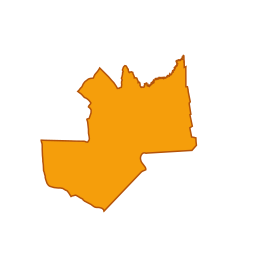 Campana, Buenos Aires, Argentina, rotated 212°
{"feature_id": "61730980B71548208163547", "entity_name": "Campana", "entity_type": "district", "adm_level": 2, "iso_a3": "ARG", "parent_name": "Argentina", "parent_adm1": "Buenos Aires", "projection": "equal_earth", "projection_center": [-58.853, -34.162], "detail": "fine", "context": "isolated", "style": "filled", "palette": "amber", "viewbox_px": 256, "rotation_deg": 212, "n_neighbors": 0, "source": "geoboundaries", "source_scale": "gbopen_adm2", "svg_char_len": 5732}
<svg xmlns="http://www.w3.org/2000/svg" viewBox="0 0 256 256"><g transform="rotate(212 128 128)"><path d="M140.0,39.7L139.3,40.9L139.0,41.2L138.5,41.6L137.3,42.9L136.7,43.3L136.4,43.4L134.3,43.5L131.4,43.5L129.2,43.7L128.7,43.7L128.1,43.3L127.6,43.2L125.9,43.0L118.8,43.6L116.9,43.4L114.6,43.3L112.9,43.8L110.9,45.0L109.5,45.6L107.7,46.1L105.7,45.9L104.9,45.5L104.6,44.9L104.3,44.7L93.5,97.4L93.2,98.3L92.8,99.1L90.8,102.0L91.2,102.7L91.8,103.3L92.9,104.0L98.1,106.0L99.3,106.7L100.6,107.9L101.5,109.0L102.1,110.4L102.3,111.2L102.4,111.9L102.4,113.2L102.1,114.3L101.9,114.7L101.0,115.6L99.5,116.1L99.0,116.4L98.6,116.8L61.9,142.9L60.8,149.6L63.0,152.4L65.2,155.6L66.7,155.0L66.8,155.1L69.3,154.1L75.7,160.9L74.4,163.6L82.6,172.1L82.5,172.5L82.0,173.0L88.9,180.9L88.9,181.2L89.3,181.6L89.3,181.9L89.1,182.8L89.1,183.2L95.8,190.3L96.9,191.6L97.1,192.0L99.5,194.5L100.8,193.7L110.9,209.7L111.4,210.7L112.4,209.2L115.5,214.0L115.6,213.8L118.8,218.7L119.0,218.6L119.3,218.8L119.5,218.8L119.5,218.4L119.1,218.0L119.0,217.5L119.4,217.2L119.0,216.9L119.0,216.7L119.3,216.4L119.0,215.8L119.3,215.4L119.3,215.2L119.2,215.1L118.6,215.1L118.3,215.0L118.7,214.6L119.5,214.4L119.8,213.7L119.4,213.1L119.5,213.0L120.3,212.5L120.7,212.9L121.3,212.6L121.4,212.3L121.2,211.8L121.4,211.4L121.6,211.3L121.9,211.6L122.1,211.5L122.4,210.9L122.0,210.3L122.2,210.2L122.5,210.2L122.4,209.9L120.8,209.0L120.7,208.7L120.2,209.0L120.0,208.9L119.9,208.7L120.5,208.2L120.4,208.0L119.9,207.3L119.5,207.0L119.4,206.9L119.6,206.3L119.8,206.0L119.9,205.9L120.3,206.0L120.4,205.8L120.4,205.4L120.2,205.2L119.9,205.1L119.9,204.9L120.1,204.6L119.9,204.2L120.1,204.1L120.6,204.2L120.7,203.9L120.7,203.6L120.5,203.4L119.7,203.4L119.6,202.6L119.8,202.0L119.5,201.9L119.4,201.7L119.6,201.4L120.0,201.2L120.5,200.2L120.3,199.8L119.5,199.7L119.3,199.6L119.3,199.4L119.5,199.1L120.0,199.1L120.1,198.8L119.9,197.8L119.6,197.2L119.7,196.0L119.8,195.8L120.1,195.8L120.7,195.9L121.3,196.2L121.3,195.9L121.3,195.7L120.5,195.1L120.6,194.5L120.4,193.9L120.5,193.7L121.1,194.1L121.5,193.7L121.8,193.7L122.1,193.6L122.3,192.8L121.8,192.7L121.6,192.3L121.8,192.1L122.3,191.8L122.6,191.3L122.6,191.0L122.4,190.6L122.5,190.4L123.1,190.5L123.5,190.3L123.5,190.1L123.3,189.8L123.4,189.7L123.8,189.7L124.1,190.0L124.3,189.7L123.9,189.1L123.9,188.8L124.4,188.9L124.5,189.7L124.6,189.8L125.0,189.2L124.8,188.7L125.1,188.4L125.3,188.5L125.5,188.6L125.4,188.3L125.5,188.1L126.1,188.3L126.4,188.2L126.5,188.0L127.4,187.9L127.5,187.7L127.3,187.4L126.9,187.2L127.1,186.9L127.4,186.9L127.8,186.6L127.9,187.0L128.2,187.2L128.3,187.4L128.5,187.3L128.5,187.1L128.4,186.5L128.7,186.2L128.3,186.1L128.2,186.0L128.2,185.9L128.5,185.3L128.8,185.5L129.5,185.7L129.8,185.3L129.6,185.0L129.6,184.8L129.9,185.0L130.0,185.0L130.1,184.5L130.5,184.7L130.8,184.6L131.0,184.4L130.9,183.8L130.5,183.7L130.7,183.2L130.8,182.6L130.9,182.4L131.3,182.0L131.7,182.1L131.7,181.8L131.4,181.4L130.9,181.8L130.8,181.7L130.7,181.0L130.3,180.7L130.5,180.4L130.2,179.8L130.3,179.7L130.5,179.6L130.9,180.0L130.9,180.5L131.4,180.5L131.6,180.3L131.7,179.9L131.1,179.7L131.3,179.3L131.9,179.2L132.2,178.8L132.2,178.7L131.4,178.7L130.9,178.5L131.4,177.2L131.6,177.1L131.9,177.3L132.0,177.2L132.0,176.6L131.5,176.1L131.6,175.9L132.2,176.0L132.3,175.9L132.3,175.6L131.9,175.0L131.9,174.7L132.2,174.8L132.6,175.1L132.8,175.2L132.5,174.6L132.6,174.3L132.8,174.3L133.2,174.7L133.5,174.7L133.8,174.4L133.8,174.1L134.1,174.0L134.9,175.1L135.3,175.7L135.9,176.0L136.2,175.9L136.4,175.8L136.5,174.7L137.3,174.4L137.4,174.2L137.0,173.8L136.5,173.2L136.6,172.2L136.0,171.7L136.1,171.3L136.7,170.5L137.4,170.4L138.0,169.6L138.6,169.5L138.8,169.5L139.0,169.9L139.4,169.9L140.5,170.5L140.9,171.5L142.3,172.8L142.5,172.8L142.6,172.5L142.9,172.7L143.3,172.6L143.5,172.0L143.9,172.5L144.0,172.9L144.1,173.0L144.6,173.2L145.1,173.6L145.8,174.0L146.8,174.9L147.4,174.9L148.2,174.5L148.6,174.4L148.9,174.0L149.2,173.9L149.2,174.1L149.0,174.3L149.4,174.4L149.8,174.8L150.6,175.3L151.1,175.8L152.2,176.4L152.8,176.9L152.9,177.2L153.6,177.7L154.2,177.4L155.0,177.4L155.6,176.7L156.1,176.4L156.1,175.8L156.2,175.7L156.6,175.9L157.0,175.9L157.6,176.4L158.3,177.0L159.0,178.0L159.8,178.1L161.2,179.0L162.3,179.5L162.8,179.6L163.1,179.4L163.7,179.2L164.1,177.5L164.0,176.6L163.7,175.6L163.6,174.7L163.5,174.4L163.0,173.8L162.3,173.6L162.0,173.3L161.9,172.0L161.7,171.6L161.3,171.1L161.0,170.3L160.2,168.1L160.0,166.8L159.4,166.3L158.7,165.9L158.3,165.5L158.2,165.2L158.2,164.4L157.8,163.6L157.3,162.6L156.4,161.6L155.3,159.3L155.2,159.0L155.3,158.8L156.2,158.0L156.5,156.9L156.8,156.7L157.5,156.5L158.0,155.9L159.8,157.0L164.0,158.9L167.1,159.7L171.6,161.1L183.8,163.9L183.7,162.5L183.8,159.9L184.4,155.9L184.3,154.5L183.9,152.3L183.9,152.0L184.5,151.4L186.2,150.1L187.2,149.0L187.7,148.1L188.6,145.6L188.9,145.0L189.1,144.1L189.2,143.3L189.3,141.6L189.0,139.5L188.9,138.6L189.4,136.3L189.6,134.0L190.0,132.4L185.4,132.0L181.6,130.9L181.1,130.8L179.5,131.1L178.1,131.1L176.6,130.9L175.3,130.6L172.9,129.7L172.7,129.3L172.6,128.8L172.9,126.3L172.9,125.5L172.8,125.1L172.7,124.9L170.9,124.7L169.2,124.0L168.6,123.4L167.9,122.2L167.3,121.1L166.0,115.5L167.2,114.2L167.5,113.7L167.3,113.3L165.8,112.1L164.9,111.1L160.9,106.0L158.7,102.6L156.3,100.0L155.0,98.3L154.7,97.5L154.6,96.8L154.7,95.3L154.7,94.7L155.0,94.4L156.1,94.0L157.5,93.8L158.2,93.5L166.5,88.5L168.8,87.2L192.8,73.0L195.0,71.8L195.2,71.6L194.1,70.4L192.4,69.0L190.7,66.5L189.6,64.7L186.0,59.4L183.7,56.4L182.3,54.3L181.5,53.4L180.1,51.6L177.0,47.1L175.5,46.0L174.0,44.4L172.8,43.5L172.0,42.2L170.7,40.9L167.5,38.3L166.7,37.9L164.9,37.2L163.2,37.2L159.2,38.3L155.3,40.2L153.6,41.3L151.3,42.2L148.1,42.2L146.6,42.5L144.1,41.7L140.0,39.7Z" fill="#f59e0b" stroke="#b45309" stroke-width="1.5"/></g></svg>